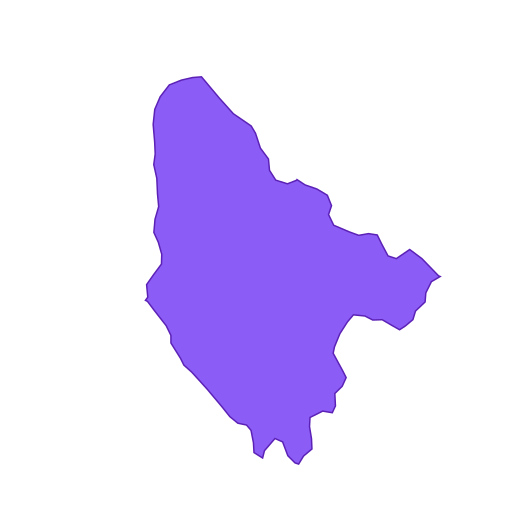 Uppvidinge, Kronoberg, Sweden (Robinson projection), rotated 230°
{"feature_id": "70781695B81795147571937", "entity_name": "Uppvidinge", "entity_type": "district", "adm_level": 2, "iso_a3": "SWE", "parent_name": "Sweden", "parent_adm1": "Kronoberg", "projection": "robinson", "projection_center": [15.412, 57.055], "detail": "fine", "context": "isolated", "style": "filled", "palette": "violet", "viewbox_px": 512, "rotation_deg": 230, "n_neighbors": 0, "source": "geoboundaries", "source_scale": "gbopen_adm2", "svg_char_len": 1406}
<svg xmlns="http://www.w3.org/2000/svg" viewBox="0 0 512 512"><g transform="rotate(230 256 256)"><path d="M390.9,236.0L379.2,229.9L366.8,220.4L356.4,213.2L349.1,202.3L339.7,192.9L329.3,190.0L317.9,184.9L310.6,178.4L307.5,165.4L304.4,153.8L294.0,146.6L293.1,142.8L291.0,143.7L280.0,143.1L260.3,142.4L249.9,139.8L244.0,134.9L226.2,132.4L218.7,130.6L208.6,132.1L185.8,133.0L162.1,133.0L149.7,132.7L139.6,134.6L132.6,140.1L125.6,140.1L114.6,134.0L106.7,128.1L97.0,131.2L101.4,137.3L104.0,153.2L96.5,156.9L82.5,152.0L72.4,152.9L69.2,154.9L72.2,163.9L72.2,174.8L80.4,181.1L91.0,187.4L97.6,193.6L94.3,207.4L86.9,213.7L90.1,220.5L100.0,228.0L100.8,238.3L104.9,246.9L112.2,248.6L131.9,252.6L136.0,257.8L142.6,270.4L146.7,283.6L148.3,292.8L140.1,300.8L131.9,304.3L126.1,311.7L114.6,315.8L107.2,318.6L106.4,325.5L106.4,335.3L111.3,342.8L112.1,356.0L118.6,362.4L123.6,373.9L121.9,383.9L123.5,383.1L147.4,381.4L162.2,377.9L163.8,361.8L171.2,357.2L184.4,360.0L194.2,362.4L200.8,356.6L205.8,348.0L214.8,342.8L229.6,335.3L241.1,338.2L246.0,346.2L256.7,349.7L268.2,345.7L278.9,339.3L288.2,336.5L287.9,335.9L291.1,326.5L301.4,319.9L312.9,321.4L322.3,327.9L335.8,328.7L350.3,334.5L358.7,335.9L379.5,330.1L400.2,329.4L412.7,329.4L428.3,329.4L433.5,322.1L438.7,311.9L442.8,299.6L439.6,285.0L433.4,272.7L422.9,261.8L408.4,251.6L399.0,244.4L391.7,236.4L390.9,236.0Z" fill="#8b5cf6" stroke="#5b21b6" stroke-width="1.5"/></g></svg>